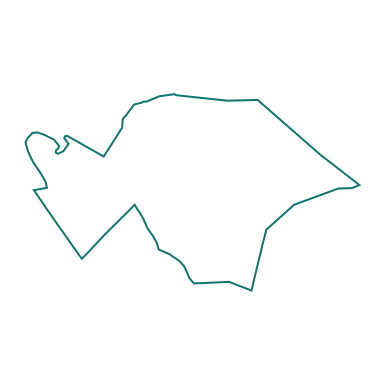 outline of Santiago el Pinar, Chiapas, Mexico, rotated 271°
{"feature_id": "50627088B49510256409926", "entity_name": "Santiago el Pinar", "entity_type": "district", "adm_level": 2, "iso_a3": "MEX", "parent_name": "Mexico", "parent_adm1": "Chiapas", "projection": "orthographic", "projection_center": [-92.724, 16.948], "detail": "fine", "context": "isolated", "style": "outline", "palette": "teal", "viewbox_px": 384, "rotation_deg": 271, "n_neighbors": 0, "source": "geoboundaries", "source_scale": "gbopen_adm2", "svg_char_len": 1427}
<svg xmlns="http://www.w3.org/2000/svg" viewBox="0 0 384 384"><g transform="rotate(271 192 192)"><path d="M245.4,64.1L243.6,63.3L238.0,67.8L230.6,62.7L227.9,57.6L228.9,55.2L231.1,55.2L233.5,57.6L235.6,58.4L236.6,57.6L241.9,53.1L243.4,50.0L244.8,46.9L246.3,44.2L247.0,42.0L247.7,39.7L248.9,36.2L248.2,31.3L247.1,30.4L244.4,27.9L242.9,26.6L238.3,24.7L229.6,27.4L224.6,29.8L219.9,32.2L214.2,36.0L209.8,39.2L206.9,41.0L203.8,43.1L201.7,44.2L198.9,45.7L193.6,46.8L191.1,33.9L173.0,46.7L162.9,54.0L156.7,58.4L147.9,65.0L141.5,69.6L137.3,72.6L125.9,81.1L123.4,83.0L126.1,85.7L130.9,90.2L138.6,97.1L146.3,104.0L155.8,113.2L165.3,122.5L171.3,128.4L173.7,130.6L178.3,134.9L173.9,137.6L169.3,140.8L165.6,143.1L164.3,143.9L162.4,144.6L159.1,146.2L156.6,147.3L154.9,148.1L151.6,150.6L148.7,152.7L147.4,153.7L145.0,155.0L142.0,156.8L140.6,157.6L139.2,158.1L135.6,159.2L133.9,159.8L131.7,165.1L130.2,168.8L129.3,171.1L127.8,172.8L125.3,176.8L123.4,179.7L122.4,181.0L120.9,182.4L119.1,184.0L118.0,185.2L112.0,188.2L108.8,189.5L106.8,190.5L105.7,191.0L103.7,192.7L100.6,195.6L102.8,230.7L94.5,253.2L142.4,263.8L155.6,267.0L181.1,294.4L198.0,338.1L198.7,352.0L201.9,359.3L231.0,320.3L231.2,320.0L285.2,256.0L283.9,225.8L288.5,174.4L289.5,172.7L287.1,157.4L283.6,149.5L281.7,145.3L281.4,141.6L280.5,140.3L278.4,132.5L268.6,125.6L263.8,121.5L255.1,121.0L225.9,103.1L246.1,66.0L245.4,64.1Z" fill="none" stroke="#0f766e" stroke-width="2"/></g></svg>